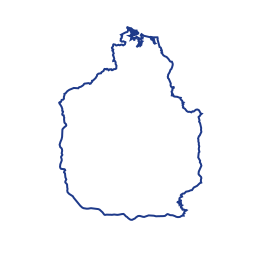 outline of Paraná, rotated 257°
{"feature_id": "BRA-613", "entity_name": "Paraná", "entity_type": "State", "adm_level": 1, "iso_a3": "BRA", "parent_name": "Brazil", "parent_adm1": "", "projection": "natural_earth1", "projection_center": [-50.532, -24.613], "detail": "fine", "context": "isolated", "style": "outline", "palette": "blue", "viewbox_px": 256, "rotation_deg": 257, "n_neighbors": 0, "source": "natural_earth", "source_scale": "10m", "svg_char_len": 5918}
<svg xmlns="http://www.w3.org/2000/svg" viewBox="0 0 256 256"><g transform="rotate(257 128 128)"><path d="M36.7,133.5L38.2,128.5L37.7,123.8L38.1,122.6L39.6,119.9L39.9,118.8L39.9,117.8L39.2,115.9L38.3,114.4L37.6,111.3L37.9,110.2L38.6,109.2L40.3,107.8L41.5,107.1L42.3,106.2L44.7,104.8L45.3,104.2L45.5,102.6L45.6,99.4L45.8,97.9L46.8,95.1L47.0,93.0L48.4,87.6L48.5,86.0L49.1,85.3L51.6,84.2L54.9,81.9L55.7,80.7L58.2,73.9L58.4,70.8L58.7,69.5L59.9,66.6L60.8,65.5L63.0,64.0L72.3,59.4L73.9,58.9L77.1,55.8L79.0,54.7L80.6,54.7L82.3,55.4L83.6,55.4L86.6,55.9L87.3,55.7L89.0,54.7L90.0,54.9L91.8,56.3L94.0,55.9L98.0,56.4L99.1,55.7L100.2,56.2L100.9,57.3L101.7,57.2L102.2,56.7L103.2,53.7L103.9,53.2L105.4,53.0L107.9,53.9L111.2,56.1L112.6,56.4L114.5,56.2L115.1,56.4L116.6,58.0L118.3,57.7L120.5,58.7L122.2,58.9L123.3,58.6L124.6,57.7L127.1,57.6L129.6,59.0L132.1,60.8L134.2,61.8L141.1,63.7L141.8,64.2L143.0,66.0L144.0,68.1L144.6,68.5L145.8,68.4L147.3,67.4L147.9,67.3L151.2,67.7L152.3,68.2L154.3,68.0L154.7,68.2L155.5,67.1L156.0,67.0L156.5,67.1L158.4,68.4L158.8,68.4L159.2,67.9L159.7,67.8L161.3,68.3L163.8,68.0L166.7,67.0L167.7,67.2L167.7,66.7L168.2,66.7L168.6,67.5L168.5,68.4L168.8,68.8L170.2,69.6L170.3,70.1L170.2,71.1L170.7,71.9L171.1,72.2L172.7,72.5L174.5,73.6L175.6,73.7L175.8,74.9L177.5,77.1L178.4,79.4L179.2,84.2L177.9,88.5L178.7,89.5L178.8,91.4L179.4,93.1L179.9,94.2L180.8,95.1L181.0,95.6L180.6,99.6L180.2,100.4L179.6,100.7L179.7,101.7L180.5,102.4L181.1,103.4L181.5,103.7L182.1,103.7L182.1,104.4L182.7,105.6L184.1,107.9L184.5,108.1L185.4,109.2L186.9,110.0L187.6,111.4L187.4,114.0L188.3,114.7L189.1,117.0L190.5,118.0L190.8,118.5L190.5,119.4L190.0,119.9L190.4,120.6L190.3,121.0L188.6,122.1L188.7,122.4L189.3,122.9L189.1,123.8L189.1,124.7L188.9,125.1L188.1,125.1L187.9,125.4L188.0,126.3L188.5,127.4L188.3,128.9L188.6,129.9L191.4,130.8L193.1,130.3L194.7,130.7L195.9,130.5L196.6,129.9L196.6,128.7L197.2,128.9L198.1,130.0L198.9,130.2L202.0,130.0L201.9,129.8L202.5,129.7L204.0,130.9L204.5,130.7L206.2,130.7L206.6,130.5L206.8,130.2L207.1,130.2L207.4,131.1L207.8,131.3L209.0,130.4L209.9,130.4L210.8,131.7L212.6,132.4L212.8,132.7L212.1,134.3L211.1,135.0L211.0,135.3L211.2,137.5L210.6,138.2L210.5,138.7L210.7,139.9L210.6,140.8L209.6,141.9L210.2,143.8L212.0,144.8L212.3,144.8L212.9,143.7L213.5,143.1L213.5,141.5L214.7,140.4L215.6,140.9L216.5,141.0L217.0,141.6L217.3,142.3L218.9,142.5L219.0,143.0L219.4,143.1L220.4,142.3L221.7,147.2L221.7,148.7L221.9,149.2L222.8,149.8L224.5,150.4L225.1,150.3L225.8,149.7L226.3,150.1L225.0,152.1L224.5,153.5L222.2,155.1L221.3,156.8L221.0,158.3L220.5,158.3L220.0,157.9L219.7,157.2L220.6,154.0L221.2,153.3L223.4,151.9L223.1,151.5L222.0,152.3L220.4,152.6L219.8,153.3L218.7,152.3L218.8,153.2L218.3,154.1L217.7,154.7L217.3,154.7L217.7,153.5L217.3,153.7L217.2,153.3L217.5,150.1L216.4,151.5L216.1,151.6L216.7,152.4L216.3,152.8L215.1,152.0L214.3,150.5L214.3,151.3L213.6,150.8L214.4,153.5L212.4,153.8L212.4,154.0L213.9,154.3L214.2,154.7L213.7,155.1L213.6,155.5L214.2,155.5L214.8,156.6L214.7,157.2L213.8,157.4L213.5,158.7L213.1,158.9L212.3,158.7L211.8,157.9L211.2,158.2L210.5,157.9L210.4,158.3L210.0,158.4L208.2,157.8L206.8,156.7L205.0,154.5L205.7,157.0L206.4,157.7L206.8,158.5L206.6,158.8L205.4,158.7L206.0,159.7L208.7,159.7L208.5,160.1L208.0,159.9L207.7,160.4L208.8,160.9L209.1,161.4L209.4,160.8L210.5,160.8L211.5,160.3L213.2,161.4L212.2,162.4L212.8,162.7L213.6,161.6L215.1,161.8L215.6,161.4L216.4,162.3L214.3,164.2L211.7,169.5L211.7,170.5L211.0,172.2L210.5,172.0L210.1,171.3L209.7,171.2L209.9,170.5L209.1,170.6L208.6,171.2L209.5,171.6L209.8,172.4L209.7,172.5L207.7,172.2L205.0,172.4L204.2,173.0L204.3,173.7L205.0,173.2L209.9,173.2L210.3,172.9L210.5,173.8L209.7,177.1L208.5,177.1L207.7,176.7L199.7,177.0L199.3,177.7L198.9,178.0L197.2,178.2L196.3,177.7L195.9,178.4L195.2,178.1L194.3,178.3L194.1,177.6L193.8,177.5L193.0,178.0L190.9,178.8L189.8,179.8L188.5,181.6L186.1,183.0L183.7,183.9L183.2,184.3L182.7,185.7L180.8,186.0L179.5,185.8L177.4,184.7L175.7,183.5L175.3,182.6L172.9,181.0L170.9,179.1L169.6,178.7L169.1,178.3L167.7,178.2L166.7,178.8L161.7,179.7L160.2,179.1L158.7,179.2L157.7,180.1L157.7,181.5L157.4,181.8L156.6,181.4L156.1,180.0L154.4,179.6L153.8,178.7L151.3,178.6L149.9,178.0L149.7,178.4L150.8,179.3L148.5,179.9L148.2,180.3L147.3,183.0L146.0,184.9L145.5,186.2L144.7,185.7L143.9,185.8L142.5,186.9L141.1,186.8L140.4,187.8L139.8,186.6L139.3,186.6L138.7,187.3L137.7,186.3L136.1,186.6L135.5,186.2L133.8,187.9L131.3,189.0L130.2,190.2L129.9,191.8L129.0,193.3L129.7,194.5L129.3,195.7L130.5,198.2L130.5,199.5L130.1,200.3L129.2,201.2L126.1,202.0L125.8,202.2L125.3,203.0L124.3,201.2L123.4,200.5L123.1,199.5L122.8,199.2L119.4,199.4L118.2,198.7L116.6,199.3L111.6,199.3L109.6,198.7L107.7,198.6L104.6,196.2L104.0,195.2L101.9,193.9L101.1,194.0L98.8,193.5L97.6,193.7L95.8,193.2L94.2,193.3L91.6,192.2L88.7,192.2L88.3,191.6L87.9,191.3L83.5,189.8L79.8,190.9L78.5,190.3L76.8,190.9L74.7,191.0L69.7,187.2L67.4,186.4L66.7,186.5L63.8,188.2L62.7,188.2L61.6,187.6L59.8,187.0L58.3,187.1L58.1,185.6L56.1,182.3L55.2,178.7L53.1,176.4L53.2,174.9L52.8,173.0L52.9,170.2L51.6,168.2L51.5,167.8L51.8,166.9L51.1,164.8L50.7,164.4L49.6,165.2L49.0,165.3L48.7,163.6L48.1,162.5L47.1,162.0L46.4,162.3L45.6,161.6L45.4,161.9L45.5,163.0L45.4,163.3L45.1,163.3L44.4,162.4L44.3,161.7L44.8,159.8L44.5,159.6L43.1,161.0L41.6,160.9L42.4,162.7L40.8,162.6L40.4,163.3L39.5,161.8L39.1,161.7L38.4,161.8L37.6,162.8L36.5,162.6L36.2,162.7L36.0,163.0L36.0,164.1L35.0,165.0L35.1,166.1L34.7,166.6L34.4,166.0L34.3,164.9L33.9,164.3L32.8,163.6L32.2,163.8L31.7,162.5L31.3,162.3L30.1,162.5L30.4,160.7L29.7,158.6L29.8,157.4L30.1,156.1L30.8,154.8L31.6,153.9L32.9,151.9L33.6,149.5L34.9,147.8L35.2,147.2L35.1,146.5L34.1,144.5L34.1,143.2L35.7,135.4L36.7,133.5ZM217.6,155.6L219.2,154.3L219.6,154.3L219.7,154.9L219.2,157.2L219.2,157.9L219.6,158.6L218.5,159.4L218.0,159.3L217.5,158.6L217.6,157.7L217.1,157.1L217.1,156.5L217.6,155.6Z" fill="none" stroke="#1e3a8a" stroke-width="2"/></g></svg>